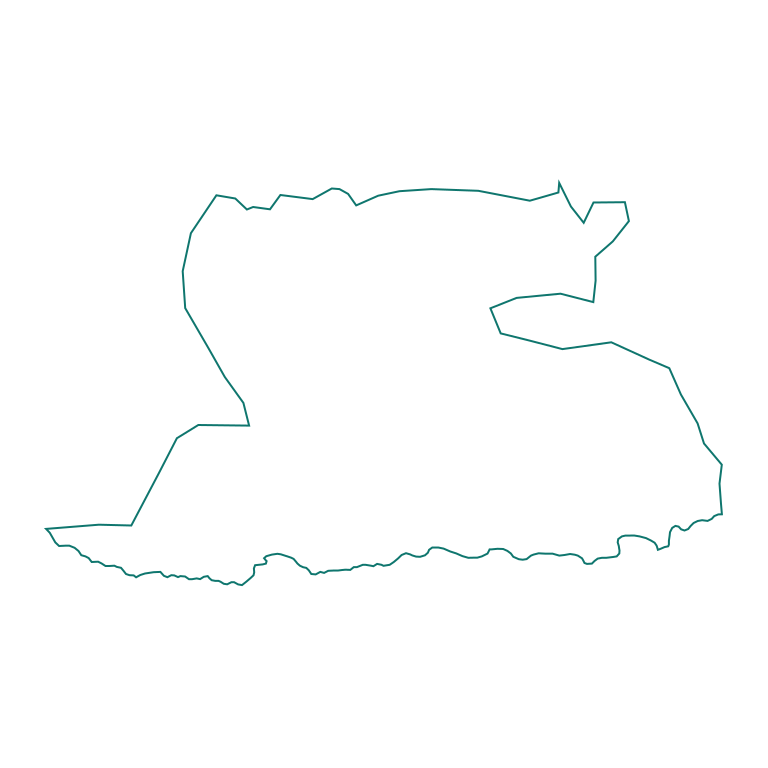 Armavir, Armavir, Armenia
{"feature_id": "60910142B17839565239341", "entity_name": "Armavir", "entity_type": "district", "adm_level": 2, "iso_a3": "ARM", "parent_name": "Armenia", "parent_adm1": "Armavir", "projection": "orthographic", "projection_center": [44.066, 40.108], "detail": "fine", "context": "isolated", "style": "outline", "palette": "teal", "viewbox_px": 768, "rotation_deg": 0, "n_neighbors": 0, "source": "geoboundaries", "source_scale": "gbopen_adm2", "svg_char_len": 3160}
<svg xmlns="http://www.w3.org/2000/svg" viewBox="0 0 768 768"><path d="M399.5,191.2L384.8,194.3L378.2,195.7L356.2,205.4L348.1,193.9L339.5,189.1L331.8,188.5L312.7,199.1L280.4,195.0L270.0,209.3L253.1,207.0L246.9,209.5L235.3,198.5L216.4,195.3L190.9,233.2L182.7,271.2L185.2,308.1L208.3,347.9L224.8,377.0L243.4,402.9L249.1,425.6L198.3,425.0L176.9,438.2L158.9,473.1L131.3,525.5L98.9,524.7L46.1,528.9L49.8,532.8L52.6,537.7L55.3,542.4L59.1,546.0L65.2,545.7L69.4,545.7L74.6,547.8L78.5,551.0L81.3,555.2L85.5,556.4L88.7,558.1L91.7,562.0L98.1,561.7L101.5,563.4L105.5,566.0L109.2,566.0L114.4,565.7L116.8,566.9L121.0,567.8L123.5,570.8L126.0,574.0L129.5,575.2L133.7,575.4L136.1,577.3L140.3,575.0L145.0,573.5L153.6,572.2L160.4,571.9L163.9,575.8L167.4,577.2L171.3,575.2L174.3,575.4L178.0,577.1L180.4,576.1L185.1,576.5L189.0,579.2L192.0,579.2L196.7,578.4L200.1,579.1L203.8,576.8L207.7,576.1L209.5,578.3L211.7,580.2L215.4,580.9L218.6,580.9L220.7,581.8L220.8,581.9L223.8,583.8L227.2,584.3L231.4,582.2L234.1,582.2L238.1,584.4L242.0,585.1L246.4,581.6L250.5,578.1L253.5,575.3L253.7,574.5L254.2,572.4L253.9,568.4L255.1,565.2L262.7,564.4L265.9,563.6L266.6,561.1L265.6,560.1L264.1,558.2L266.3,556.2L271.9,554.6L277.4,553.8L280.8,554.3L286.7,556.2L286.8,556.2L291.2,557.7L293.6,558.9L295.9,561.6L297.4,563.5L299.9,565.7L303.1,567.2L306.3,567.9L308.8,570.3L311.3,574.0L315.7,574.4L320.3,571.9L324.1,572.9L328.2,570.8L334.4,570.5L338.3,570.5L342.2,570.0L345.4,569.7L350.3,569.9L353.8,567.1L357.0,567.1L362.8,564.8L365.5,564.8L371.0,565.7L373.4,566.2L377.1,563.9L381.5,564.8L383.5,565.8L389.7,564.8L393.8,562.0L398.0,558.5L401.6,555.0L406.0,553.2L410.2,554.4L412.2,555.4L416.1,556.6L420.1,556.8L425.0,555.3L427.9,552.7L429.1,549.8L432.3,547.5L438.2,547.5L443.6,548.6L450.3,551.5L456.2,553.4L462.4,556.1L468.3,557.8L472.7,557.7L477.2,557.7L481.8,556.4L487.5,553.6L488.7,551.3L489.6,549.4L491.3,549.4L497.5,548.8L503.2,549.0L507.4,550.9L509.7,552.6L510.8,553.4L513.3,556.8L518.8,559.2L522.7,559.7L526.6,559.1L531.0,555.6L533.5,554.6L538.6,553.3L546.0,553.7L552.7,553.7L559.3,555.6L564.5,555.0L570.1,554.0L574.8,554.7L577.8,555.6L582.0,558.3L583.0,560.0L584.5,563.0L587.0,563.9L591.9,563.6L594.6,560.9L597.7,558.6L601.9,557.8L606.3,557.8L613.0,557.0L616.7,556.4L619.3,553.5L619.5,550.5L619.1,548.2L618.8,546.0L617.7,542.4L618.2,539.1L621.9,536.4L625.3,535.6L628.5,535.6L634.1,535.5L639.6,536.4L646.0,538.1L650.9,540.5L654.6,542.7L656.6,545.6L657.4,548.1L657.9,549.8L660.6,548.8L664.5,547.1L668.2,546.3L668.4,545.9L668.9,544.5L668.9,540.8L669.6,535.9L670.0,532.2L672.2,527.9L675.4,525.9L678.6,526.6L681.1,529.3L684.5,530.5L688.2,529.0L690.6,526.0L693.6,523.0L697.7,521.0L702.1,520.2L706.8,520.8L707.6,520.9L711.7,518.9L714.2,516.1L718.3,514.4L721.9,514.3L721.0,503.8L719.5,483.6L721.8,464.7L704.0,443.5L697.6,423.4L680.9,394.5L669.3,368.2L649.2,359.6L611.3,342.3L562.4,349.1L529.6,340.6L500.7,333.4L490.4,308.3L516.6,297.9L560.5,293.7L593.3,302.1L595.6,280.7L595.3,256.7L612.8,241.4L628.9,221.1L624.9,202.2L593.5,202.5L583.7,222.8L570.9,206.5L559.2,182.9L558.4,192.5L556.3,193.1L539.3,198.0L529.8,200.7L478.3,190.8L431.3,189.1L399.5,191.2Z" fill="none" stroke="#0f766e" stroke-width="2"/></svg>